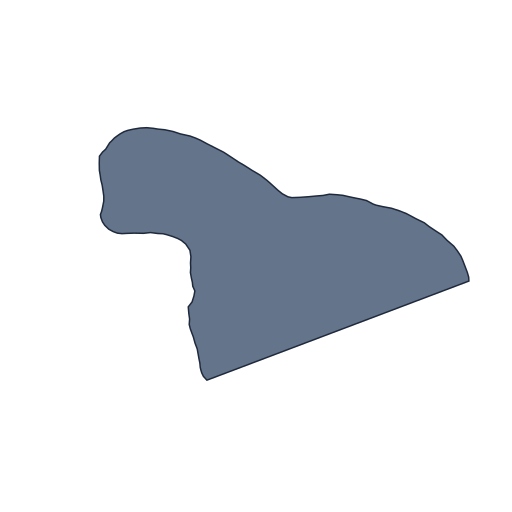 the district of North Huvadhoo, Maldives, rotated 307°
{"feature_id": "70690204B59345201549971", "entity_name": "North Huvadhoo", "entity_type": "district", "adm_level": 2, "iso_a3": "MDV", "parent_name": "Maldives", "parent_adm1": "", "projection": "equal_earth", "projection_center": [73.335, 0.637], "detail": "fine", "context": "isolated", "style": "filled", "palette": "slate", "viewbox_px": 512, "rotation_deg": 307, "n_neighbors": 0, "source": "geoboundaries", "source_scale": "gbopen_adm2", "svg_char_len": 1649}
<svg xmlns="http://www.w3.org/2000/svg" viewBox="0 0 512 512"><g transform="rotate(307 256 256)"><path d="M364.1,441.1L367.1,438.6L370.1,434.6L373.5,429.2L377.0,423.6L379.2,419.7L381.4,413.3L382.9,408.0L383.5,399.0L384.7,391.7L384.2,385.2L383.7,376.4L383.8,370.4L382.0,361.1L380.4,350.8L378.5,343.7L375.7,335.5L371.6,327.3L368.8,321.1L367.9,318.0L366.8,310.9L364.5,305.5L361.6,299.5L359.3,294.6L356.8,289.0L353.8,284.0L349.5,277.4L344.8,273.2L339.9,267.7L334.7,262.0L329.4,255.9L324.2,249.5L322.5,245.9L321.5,239.5L321.7,233.8L322.4,226.6L323.0,219.2L323.1,210.8L322.0,201.2L321.4,193.0L320.5,185.2L320.1,177.8L319.4,167.7L317.5,156.9L316.2,149.7L315.0,141.8L313.8,136.7L312.1,131.1L308.0,122.1L305.5,114.8L301.9,107.1L298.4,101.4L296.2,97.2L292.7,91.5L288.5,86.5L283.5,81.7L279.3,78.1L275.9,75.8L271.8,74.0L268.1,72.8L265.0,71.9L260.6,71.4L258.3,71.0L254.0,71.4L250.9,71.7L246.7,70.9L241.5,70.9L236.0,74.8L230.1,79.4L227.0,82.7L223.4,86.3L220.0,90.5L216.3,94.3L212.1,98.5L208.2,101.4L202.0,104.4L198.8,105.8L195.5,106.8L193.3,109.0L190.9,112.8L189.5,116.7L188.8,122.3L189.5,127.1L190.8,131.5L193.2,135.5L196.8,139.8L201.0,145.0L206.4,152.5L211.2,157.6L214.9,164.1L217.8,168.3L219.4,172.1L221.4,177.7L222.9,183.0L223.5,186.9L223.3,192.6L220.8,199.8L216.2,204.5L211.0,207.9L207.3,211.0L203.3,213.6L199.4,217.8L196.7,221.0L193.8,223.7L191.3,228.2L186.7,230.5L180.8,232.6L174.6,232.5L169.6,237.0L165.7,240.9L161.1,243.9L158.3,247.4L155.7,251.4L153.7,254.6L149.7,259.8L146.4,265.0L142.3,269.4L139.6,272.3L136.8,275.5L133.4,278.6L131.3,281.2L130.0,283.0L128.2,286.5L127.3,291.5L364.1,441.1Z" fill="#64748b" stroke="#1e293b" stroke-width="1.5"/></g></svg>